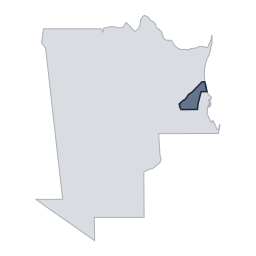 location of Benichab, Inchiri, Mauritania, rotated 180°
{"feature_id": "47542326B98603827415339", "entity_name": "Benichab", "entity_type": "district", "adm_level": 2, "iso_a3": "MRT", "parent_name": "Mauritania", "parent_adm1": "Inchiri", "projection": "natural_earth1", "projection_center": [-15.686, 19.224], "detail": "fine", "context": "in_parent", "style": "filled", "palette": "slate", "viewbox_px": 256, "rotation_deg": 180, "n_neighbors": 0, "source": "geoboundaries", "source_scale": "gbopen_adm2", "svg_char_len": 3713}
<svg xmlns="http://www.w3.org/2000/svg" viewBox="0 0 256 256"><g transform="rotate(180 128 128)"><path d="M109.1,239.5L108.7,239.4L107.1,238.1L106.3,236.5L105.0,235.4L103.2,234.6L102.1,233.7L101.5,232.7L100.9,232.1L100.2,231.7L100.1,231.4L100.3,230.9L100.1,230.0L99.1,228.0L98.1,227.0L97.3,227.2L96.8,226.9L96.5,226.5L96.4,225.8L95.8,225.3L94.9,225.0L94.1,223.5L93.5,220.8L92.7,218.6L91.7,217.1L91.0,216.5L90.5,216.4L90.4,216.2L90.2,215.7L89.5,215.6L88.5,216.0L87.5,215.9L87.1,215.1L86.4,215.1L85.6,215.7L84.7,215.5L83.7,214.5L83.2,213.5L83.1,212.6L81.4,210.6L78.1,207.7L74.6,206.4L70.7,206.6L68.5,206.4L68.1,206.0L67.6,206.0L67.1,206.5L66.6,206.7L66.1,206.4L65.7,206.6L65.6,207.3L64.2,207.7L61.7,207.7L59.6,208.2L58.0,209.1L55.7,209.5L52.8,209.3L51.1,209.0L50.5,208.5L49.6,208.3L48.6,208.6L47.6,210.1L46.7,212.6L46.0,214.1L45.5,214.5L44.9,216.4L44.5,219.6L44.0,221.0L44.0,213.0L44.9,210.0L45.1,207.4L46.9,201.5L49.0,196.8L51.0,190.4L51.7,184.3L51.5,178.3L50.9,172.9L49.9,169.4L49.0,164.3L47.6,161.6L45.0,159.2L44.4,157.8L45.0,157.3L46.6,157.0L47.6,155.1L45.5,155.8L47.9,150.2L48.7,146.4L48.6,143.8L49.0,142.3L47.2,138.9L45.7,134.7L45.0,134.0L44.2,133.6L44.1,134.6L43.7,135.5L42.8,135.0L41.2,131.9L39.0,126.9L38.2,126.3L37.5,127.0L37.1,127.7L36.4,131.9L36.1,130.2L36.5,128.3L37.0,125.9L37.7,122.5L39.6,122.5L43.1,122.5L50.0,122.5L53.5,122.5L60.4,122.5L63.9,122.5L70.8,122.4L74.3,122.4L81.2,122.4L84.7,122.4L91.6,122.4L95.1,122.4L97.3,122.4L97.2,120.0L97.1,118.1L96.9,115.6L96.8,113.1L96.6,110.5L96.5,108.1L96.3,105.8L96.2,103.6L96.1,101.5L95.9,100.4L95.1,98.1L95.0,96.9L95.2,95.7L95.6,94.5L97.0,92.5L99.0,90.9L101.4,89.0L103.1,87.6L104.1,87.2L106.9,86.7L109.1,85.7L111.2,84.6L112.1,84.1L112.2,82.1L111.9,38.6L122.5,38.6L125.3,38.6L144.8,38.6L147.5,38.6L161.7,38.6L161.7,36.5L161.7,33.6L161.6,29.5L161.5,25.5L161.4,18.4L161.4,15.4L164.2,17.4L169.9,21.3L172.7,23.3L178.4,27.3L184.1,31.3L189.8,35.3L192.6,37.3L195.5,39.2L198.3,41.2L201.2,43.2L206.9,47.2L209.3,48.9L213.0,51.6L216.4,54.1L219.9,56.6L214.6,56.6L207.6,56.6L202.8,56.6L197.9,56.6L193.3,56.6L193.8,60.7L194.3,65.2L194.8,69.6L195.3,74.1L195.8,78.6L197.3,92.0L197.9,96.5L198.4,100.9L198.9,105.4L199.4,109.9L200.4,118.8L200.9,123.3L201.4,127.7L201.9,132.2L202.4,136.7L202.9,141.1L203.9,150.1L204.4,154.5L204.9,159.0L205.4,163.5L205.9,167.9L206.4,172.4L206.9,176.9L207.4,181.3L208.4,190.2L208.9,194.7L209.4,199.2L209.9,203.6L210.4,208.0L212.2,210.2L214.5,213.1L213.9,217.1L213.2,221.9L212.4,227.2L206.0,227.2L199.8,227.2L184.2,227.2L181.1,227.2L165.5,227.2L162.4,227.2L156.4,227.2L154.6,227.1L154.0,226.7L153.7,223.9L153.2,224.1L152.6,224.9L152.3,225.8L152.4,226.9L152.3,227.9L150.3,228.2L147.6,228.9L144.8,229.4L141.9,229.2L140.9,229.0L139.8,228.6L137.6,228.2L136.3,228.2L134.9,228.3L133.2,228.5L132.7,229.0L131.4,231.0L130.2,233.4L129.4,233.4L128.5,232.1L126.0,229.6L123.0,226.5L121.6,224.9L120.9,224.7L119.4,225.8L118.2,226.9L117.0,228.4L116.4,229.9L115.9,231.7L115.7,233.8L115.3,236.2L114.2,238.1L113.0,239.6L112.1,240.3L111.8,240.6L109.1,239.5ZM46.6,151.6L45.6,153.4L45.2,152.7L45.0,151.6L45.9,149.9L46.3,149.1L47.0,148.8L46.6,151.6Z" fill="#d9dde1" stroke="#a8b0b8" stroke-width="1"/><path d="M58.5,146.6L58.1,151.6L54.9,164.3L48.9,164.4L49.1,164.9L49.3,165.3L49.4,165.6L49.5,166.3L49.6,167.2L49.7,167.5L49.7,168.0L49.7,168.3L50.0,168.8L50.1,169.1L50.2,169.6L50.2,170.0L50.3,170.4L50.3,170.8L50.4,171.2L50.5,171.6L50.7,172.1L50.8,172.4L50.9,172.8L51.0,173.2L51.1,173.4L51.2,173.7L51.3,174.2L54.1,174.1L55.9,172.2L57.5,170.6L58.1,169.9L60.7,167.3L61.6,166.3L63.8,164.0L67.5,161.5L68.6,159.7L71.3,156.1L72.5,155.8L72.8,155.7L75.7,153.0L76.9,151.9L76.1,150.7L76.5,149.8L75.0,146.4L58.5,146.6Z" fill="#64748b" stroke="#1e293b" stroke-width="1.5"/></g></svg>